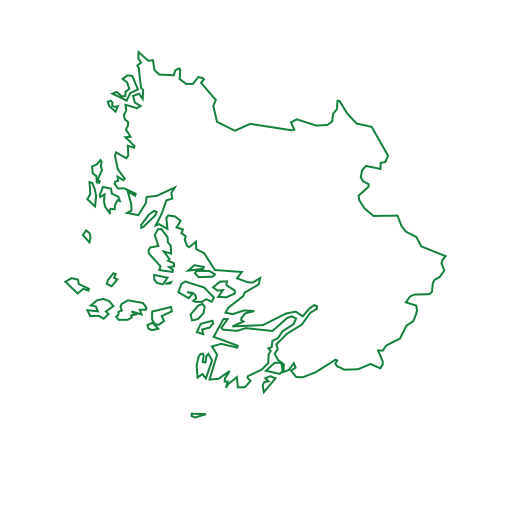 map outline of Finland Proper (orthographic projection), rotated 16°
{"feature_id": "FIN-3191", "entity_name": "Finland Proper", "entity_type": "Region", "adm_level": 1, "iso_a3": "FIN", "parent_name": "Finland", "parent_adm1": "", "projection": "orthographic", "projection_center": [22.144, 60.47], "detail": "fine", "context": "isolated", "style": "outline", "palette": "green", "viewbox_px": 512, "rotation_deg": 16, "n_neighbors": 0, "source": "natural_earth", "source_scale": "10m", "svg_char_len": 6092}
<svg xmlns="http://www.w3.org/2000/svg" viewBox="0 0 512 512"><g transform="rotate(16 256 256)"><path d="M321.4,356.5L324.8,352.4L321.9,348.6L319.1,356.4L314.3,360.0L312.7,352.5L305.7,349.8L301.0,344.9L302.5,339.4L299.9,335.4L307.2,322.2L318.9,309.4L324.0,295.4L329.0,290.1L328.6,287.6L325.8,287.0L322.3,290.8L317.5,301.2L309.6,298.5L300.9,302.9L281.7,320.5L252.7,330.2L262.1,322.4L259.3,321.6L259.1,319.5L261.6,314.0L269.5,309.4L259.4,311.7L249.7,318.3L242.3,318.9L243.6,313.4L254.6,298.3L255.3,294.2L266.5,282.6L266.0,276.1L260.1,282.5L255.0,283.5L243.9,282.7L246.7,275.3L220.4,280.8L205.4,267.6L196.5,265.8L194.4,258.8L189.4,266.0L187.0,265.3L183.0,260.1L183.0,256.3L178.1,254.8L178.4,250.5L171.8,250.4L173.8,243.0L167.4,240.3L160.6,241.1L159.3,243.9L163.4,254.4L154.1,252.1L151.2,254.3L153.7,241.2L154.5,227.3L159.7,223.9L157.3,218.7L159.0,212.6L144.1,225.5L134.6,229.4L135.5,235.6L131.6,249.2L120.2,250.1L123.8,246.6L121.9,240.7L114.9,229.3L123.2,231.4L123.2,229.3L110.6,227.3L104.7,229.2L100.1,225.5L100.1,223.4L102.8,221.7L101.0,217.8L107.5,219.7L108.5,217.8L99.1,210.6L92.9,198.7L92.9,195.0L104.5,197.8L105.5,194.4L102.4,185.4L108.9,185.5L108.9,183.8L97.8,177.8L102.5,176.0L96.1,170.2L97.0,166.4L96.2,162.5L92.4,160.9L90.1,156.9L91.2,152.1L88.8,146.6L100.9,146.7L103.7,143.6L97.3,141.9L93.7,136.1L98.8,132.2L103.8,136.2L101.8,127.6L99.1,126.1L91.6,107.8L89.4,105.6L92.2,101.7L88.5,98.6L86.9,92.4L98.7,98.0L103.0,96.2L107.1,105.2L112.8,108.3L127.2,104.9L127.2,99.9L130.4,96.8L132.0,98.2L133.8,106.9L141.4,109.9L148.0,107.9L151.2,99.8L156.0,99.7L157.3,100.6L155.4,104.6L174.4,117.2L173.5,123.4L181.6,137.8L201.2,141.4L214.0,130.6L256.5,125.2L258.0,124.0L252.8,117.9L257.5,113.4L278.1,114.0L288.5,110.3L292.1,105.8L290.9,98.1L293.3,92.7L291.6,84.3L293.6,84.0L304.6,94.0L316.1,100.9L331.6,100.0L355.3,123.2L354.4,130.0L350.1,132.2L351.7,138.0L336.9,139.1L334.4,144.5L335.0,151.4L338.2,154.6L344.5,155.9L345.0,158.6L338.0,169.7L340.0,174.1L347.6,180.6L358.0,185.1L380.8,178.2L387.9,187.4L393.8,191.4L404.9,193.5L412.2,201.2L438.3,203.9L436.3,208.4L436.3,211.9L441.0,218.1L438.4,225.5L434.2,229.7L433.5,233.6L435.0,241.9L433.2,244.9L418.7,249.5L415.3,252.4L412.9,259.2L423.7,259.5L425.8,263.8L425.9,268.1L425.1,275.3L419.8,281.5L417.1,295.8L405.9,306.1L403.9,312.0L399.4,313.1L407.0,322.6L407.7,325.6L406.5,329.7L395.7,328.3L385.4,336.7L372.5,340.9L364.2,339.6L361.9,337.7L362.9,334.1L361.0,333.8L345.1,351.6L334.3,359.7L328.0,361.3L321.4,356.5ZM292.6,323.5L302.9,307.2L306.9,304.1L311.8,305.0L310.9,311.3L302.1,321.1L299.8,328.9L295.2,332.9L296.2,339.3L293.4,341.4L296.3,343.2L295.3,347.0L297.3,355.6L292.7,363.7L281.4,373.7L281.4,375.5L285.2,377.6L281.4,385.2L274.8,387.3L271.0,377.7L264.6,386.7L263.5,391.0L263.3,384.5L260.5,385.4L259.9,382.0L262.4,373.8L253.7,384.5L245.4,387.5L245.8,361.6L238.6,355.0L246.7,350.1L263.2,349.2L263.2,347.3L237.6,345.4L242.1,325.5L246.1,324.5L242.5,334.6L244.7,335.9L258.5,333.2L265.9,328.2L292.6,323.5ZM180.1,294.3L166.9,296.2L167.0,292.2L152.3,283.1L151.1,280.0L152.1,276.8L159.4,273.3L153.0,263.8L154.3,257.4L157.7,256.2L165.8,262.3L167.5,267.2L171.2,269.5L173.7,277.1L166.1,277.1L173.7,282.8L172.6,284.8L178.9,285.5L180.2,288.5L175.5,290.5L180.1,292.3L180.1,294.3ZM195.1,300.0L214.8,300.6L227.1,307.6L226.0,312.2L220.3,311.2L216.3,315.2L210.1,316.8L208.0,316.4L210.2,313.3L208.5,310.3L205.3,308.9L199.8,309.7L205.4,309.7L202.9,315.1L191.4,312.2L192.0,303.4L195.1,300.0ZM145.1,333.9L160.2,332.3L164.9,335.9L164.9,338.0L159.1,339.7L162.1,343.7L151.6,343.6L156.4,345.4L152.3,347.6L153.5,349.3L150.4,352.6L141.7,355.2L138.3,353.0L139.9,350.8L139.3,347.3L142.1,345.3L139.7,342.2L140.1,339.1L145.1,333.9ZM110.9,349.0L115.5,342.3L121.2,339.4L127.2,339.8L132.7,343.5L127.0,350.8L130.2,352.4L126.9,358.3L121.2,356.8L113.2,359.5L108.8,354.6L119.3,352.8L115.9,348.6L110.9,349.0ZM98.1,231.2L100.3,235.9L107.3,236.9L110.0,240.7L107.4,240.7L106.4,246.0L107.3,250.0L103.2,250.8L102.8,253.0L104.4,255.8L97.6,250.5L94.8,245.4L93.4,238.5L90.0,242.3L89.0,240.6L89.9,231.8L98.1,231.2ZM236.8,372.2L235.9,365.9L237.2,363.2L242.5,368.4L241.6,387.5L237.0,384.3L233.3,388.9L229.2,377.9L228.6,369.4L229.4,365.9L231.6,364.5L233.2,366.2L233.9,372.5L236.8,372.2ZM88.8,142.3L73.3,139.5L76.7,136.7L83.3,139.7L86.3,137.9L85.3,134.0L88.2,130.4L84.4,124.8L79.0,122.5L82.7,117.8L87.4,117.0L96.6,128.4L90.3,134.0L88.8,142.3ZM233.7,297.9L228.6,299.9L223.4,297.9L228.5,290.5L235.1,288.4L235.6,292.2L244.8,294.9L246.0,297.8L238.9,303.9L230.9,305.7L233.7,297.9ZM188.5,328.4L190.3,332.4L181.9,339.8L185.6,343.7L181.6,348.9L177.3,349.3L173.6,345.6L171.5,338.0L188.5,328.4ZM91.3,327.8L93.5,331.8L104.5,333.6L104.4,335.5L99.0,335.2L94.9,341.2L79.9,333.3L84.9,328.1L91.3,327.8ZM209.2,330.3L214.2,319.5L217.8,316.8L220.6,318.9L221.3,325.6L217.5,332.6L212.4,335.6L209.2,330.3ZM309.8,351.8L313.4,359.4L311.2,362.8L297.2,363.6L303.5,353.3L309.8,351.8ZM87.6,252.7L78.2,247.9L79.7,242.1L75.6,230.9L78.5,230.9L82.3,235.8L85.8,242.4L87.6,252.7ZM85.1,228.9L82.7,229.2L80.5,223.2L76.3,221.5L73.7,215.2L77.8,211.8L80.0,206.6L81.6,207.9L82.1,212.4L84.2,215.7L82.8,226.6L85.1,227.0L85.1,228.9ZM221.6,336.4L232.0,330.3L233.5,332.7L231.1,337.7L224.5,341.4L226.8,345.7L220.1,345.4L221.6,336.4ZM221.6,285.0L220.2,287.7L206.7,292.2L202.0,289.4L203.0,286.7L215.5,283.2L221.6,285.0ZM174.5,308.9L168.0,309.2L164.6,306.6L163.3,302.3L176.9,301.2L174.5,308.9ZM303.0,367.6L308.5,368.2L301.1,384.7L298.1,378.7L298.7,374.9L302.6,373.0L298.6,371.0L303.0,367.6ZM147.9,244.8L139.6,259.3L137.9,260.5L137.1,257.8L141.6,245.8L145.4,240.8L148.4,241.0L147.9,244.8ZM125.5,316.0L129.1,316.6L125.6,324.9L120.3,323.9L120.2,320.1L123.7,311.9L126.1,312.1L125.5,316.0ZM175.1,348.7L182.1,352.9L176.4,356.0L172.6,355.4L170.7,352.3L175.1,348.7ZM208.8,280.9L208.9,282.8L194.8,288.8L199.4,281.8L208.8,280.9ZM237.8,425.3L251.5,421.8L242.0,428.0L238.1,427.6L237.8,425.3ZM89.8,280.0L91.7,283.6L92.1,288.8L83.8,283.5L85.7,278.2L89.8,280.0ZM79.0,151.6L81.9,150.2L81.2,156.0L73.5,152.3L71.0,148.6L73.7,146.8L75.7,148.0L76.4,151.3L79.0,151.6ZM181.3,305.9L176.7,307.8L181.6,304.5L181.3,305.9Z" fill="none" stroke="#15803d" stroke-width="2"/></g></svg>